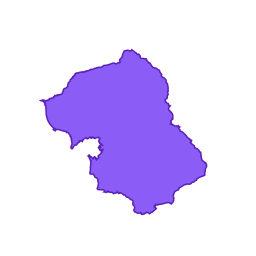 Pasuruan, Jawa Timur, Indonesia, rotated 208°
{"feature_id": "22746128B81373906315979", "entity_name": "Pasuruan", "entity_type": "district", "adm_level": 2, "iso_a3": "IDN", "parent_name": "Indonesia", "parent_adm1": "Jawa Timur", "projection": "mercator", "projection_center": [112.85, -7.751], "detail": "fine", "context": "isolated", "style": "filled", "palette": "violet", "viewbox_px": 256, "rotation_deg": 208, "n_neighbors": 0, "source": "geoboundaries", "source_scale": "gbopen_adm2", "svg_char_len": 5793}
<svg xmlns="http://www.w3.org/2000/svg" viewBox="0 0 256 256"><g transform="rotate(208 128 128)"><path d="M42.8,133.5L42.8,133.1L43.9,133.3L44.4,133.7L47.6,134.4L49.3,136.2L52.5,140.8L53.1,140.6L53.9,140.7L54.8,141.5L57.3,142.2L59.9,141.8L61.0,143.4L66.1,144.2L66.3,144.4L65.5,145.6L65.9,146.0L66.1,147.0L67.6,146.6L67.8,147.1L70.6,147.4L72.6,148.2L72.9,148.6L77.2,149.8L79.1,150.1L80.3,149.7L80.9,149.9L81.4,150.9L82.9,151.3L83.2,152.3L82.9,152.9L83.4,152.7L83.4,153.1L84.5,153.6L84.8,153.7L85.2,152.3L86.1,152.6L87.6,151.7L89.3,152.0L90.0,151.9L90.3,151.6L90.7,151.9L90.9,151.6L91.5,151.7L92.4,151.4L92.6,152.1L92.2,152.5L92.5,152.7L92.5,153.4L93.6,154.6L93.2,155.2L93.4,156.2L93.0,156.4L93.5,157.2L93.1,156.9L92.7,157.1L94.5,160.4L95.9,161.6L97.6,162.3L98.1,162.2L98.1,162.4L99.0,162.8L99.9,162.8L100.9,163.5L101.7,165.2L101.0,167.4L102.0,167.5L102.7,167.1L103.9,168.5L105.8,168.2L106.3,168.7L107.2,168.5L107.3,169.1L108.6,170.6L107.4,172.4L108.4,175.2L108.3,176.6L110.1,178.5L109.8,179.8L110.9,180.8L111.2,182.0L112.5,183.8L113.0,184.0L113.4,185.0L114.0,185.6L115.6,186.2L117.0,188.3L119.7,189.2L120.8,189.0L122.6,189.2L122.9,189.5L123.2,190.9L126.5,192.7L127.4,193.7L129.0,193.6L131.1,194.1L133.2,193.4L134.4,193.2L136.7,194.2L139.1,195.7L140.4,195.2L141.4,195.9L142.7,196.2L144.2,197.6L144.9,197.5L145.9,196.7L147.0,196.8L148.0,195.9L148.8,195.7L150.2,195.9L151.1,196.7L151.0,197.0L151.7,197.2L151.6,197.7L152.4,198.0L153.4,198.2L154.6,197.2L156.2,198.2L157.2,198.1L161.4,198.9L161.6,197.7L162.2,196.9L164.7,196.6L167.5,194.3L167.3,191.3L166.6,187.4L167.4,184.7L167.0,183.3L166.3,183.0L166.2,182.6L165.9,182.7L166.0,181.7L167.5,180.9L168.4,179.0L170.9,178.8L171.9,178.1L174.7,174.9L176.0,173.8L176.1,173.5L178.7,171.9L180.1,169.0L182.4,167.9L182.8,167.1L183.2,167.0L183.9,166.5L183.9,166.1L185.6,164.9L185.6,164.6L186.7,163.2L188.3,162.4L188.3,161.7L188.8,161.7L189.6,160.2L191.2,159.2L191.2,158.6L192.1,158.2L191.9,157.9L192.6,157.6L192.9,156.7L194.1,156.6L194.1,156.2L194.9,155.9L194.8,155.4L195.3,155.4L196.7,154.7L197.5,153.5L199.0,152.7L199.0,152.0L199.7,151.9L200.1,150.8L199.7,150.4L200.0,149.6L199.7,149.1L200.3,148.8L200.4,147.9L201.0,147.1L200.9,146.6L200.5,146.7L200.2,146.4L201.2,145.1L201.1,144.3L201.6,143.7L201.2,141.8L201.9,140.0L201.6,138.0L200.7,136.7L201.7,133.7L202.8,132.9L203.0,131.9L203.0,131.0L202.4,130.1L202.6,128.8L202.4,128.4L202.2,127.2L202.9,126.2L203.5,126.0L204.1,125.0L204.4,125.1L205.1,124.6L205.2,124.2L205.6,124.2L205.7,123.5L206.2,123.6L206.3,123.1L207.2,122.7L207.5,121.9L207.8,122.0L207.7,121.5L207.9,120.6L208.3,120.6L208.5,119.2L208.9,118.7L209.5,118.6L209.8,117.9L210.3,117.9L210.8,117.3L210.9,116.4L211.3,116.2L211.2,115.6L211.7,115.6L211.7,115.1L212.6,113.9L213.0,114.0L213.6,113.1L215.1,113.2L215.1,112.6L215.5,112.9L216.0,112.5L216.4,112.7L217.9,111.2L217.4,111.2L216.2,111.9L214.9,111.4L213.6,111.5L212.8,111.0L212.9,110.7L212.4,110.7L212.3,109.3L211.6,109.4L211.0,109.0L206.4,101.3L203.2,97.7L200.7,95.9L197.9,94.4L193.3,92.8L193.3,91.5L191.0,91.3L191.0,92.3L191.4,93.0L190.7,92.8L190.7,93.1L188.4,94.1L184.4,94.8L180.9,95.9L180.4,95.7L180.5,95.4L180.2,95.2L179.9,95.7L179.3,95.7L178.2,95.5L176.0,94.4L175.6,94.5L174.8,93.7L174.9,93.4L174.1,93.3L174.2,93.0L172.9,92.1L173.1,91.8L170.4,88.4L169.8,87.1L169.6,84.7L169.2,83.9L168.4,83.5L168.0,83.6L168.0,83.4L167.3,83.7L167.4,85.6L167.1,87.6L166.4,88.4L165.7,88.6L165.3,89.6L165.5,90.2L165.2,91.2L164.3,92.8L164.9,93.8L164.2,94.3L163.8,94.2L163.6,94.5L163.0,94.5L162.7,94.9L162.0,94.8L162.4,95.7L162.0,96.2L162.3,96.9L160.3,99.8L159.1,99.2L158.4,99.8L157.1,102.3L155.7,101.6L155.2,103.2L154.5,102.9L154.2,103.5L153.0,103.1L152.8,103.6L152.1,103.4L151.5,104.3L149.8,105.9L149.5,105.6L149.1,105.8L147.7,105.5L148.1,104.6L147.5,102.3L146.2,102.1L146.4,101.6L145.6,101.1L145.5,101.4L144.7,101.0L144.2,101.4L142.9,100.9L143.9,100.6L144.6,99.2L143.8,98.5L143.0,98.3L143.4,97.2L143.6,97.0L144.9,97.6L144.9,96.8L142.0,95.1L141.6,95.9L141.2,95.8L140.6,96.9L140.4,96.8L140.1,97.1L139.8,95.8L140.4,94.1L139.6,93.7L140.1,92.0L140.6,91.4L141.2,89.4L140.8,89.1L140.9,88.6L140.0,88.2L139.9,87.8L140.7,86.4L140.8,85.1L141.8,85.4L141.6,86.0L142.1,86.2L142.1,86.5L144.0,87.0L144.4,86.1L143.9,85.9L144.7,84.2L146.6,85.3L147.4,84.7L149.0,85.9L149.6,86.0L150.2,84.8L149.8,84.3L148.4,83.9L147.7,83.0L145.7,81.6L145.2,81.5L145.4,81.2L143.9,78.5L142.6,75.2L141.9,74.3L140.5,70.1L139.5,69.7L137.3,70.8L136.6,70.8L134.4,69.5L134.4,69.2L131.4,69.0L130.5,68.4L129.7,66.9L128.0,65.2L126.8,60.8L126.9,60.2L126.1,59.6L125.0,59.8L121.6,61.3L120.9,61.9L120.2,61.9L119.6,61.8L118.9,61.2L119.2,60.4L118.6,60.7L117.4,60.6L116.9,61.0L116.9,62.0L115.9,62.0L115.7,63.0L115.1,62.9L115.0,62.5L114.2,62.9L113.8,62.7L111.8,63.8L109.9,63.2L109.1,64.2L107.7,65.2L107.1,66.3L107.3,66.6L105.5,65.9L104.8,66.4L104.9,67.1L102.3,67.4L100.3,66.8L99.2,67.5L97.0,66.3L94.6,66.9L93.7,66.5L92.3,66.1L90.8,66.3L89.9,66.1L88.8,65.3L88.4,63.6L87.6,62.6L86.0,62.1L85.1,61.4L84.5,60.1L84.4,58.3L83.2,57.5L83.1,57.1L79.6,57.3L77.3,58.7L77.2,59.2L76.3,59.1L76.4,58.7L75.5,58.6L75.4,58.2L74.4,58.7L73.3,59.7L73.4,60.0L71.9,61.9L72.2,62.1L71.9,62.4L71.2,62.4L70.9,62.8L68.7,62.4L67.8,64.6L67.2,64.9L65.2,70.1L66.0,70.5L67.6,70.5L67.6,70.8L67.9,71.4L67.6,71.5L68.1,71.8L67.9,72.3L67.5,71.9L67.3,73.1L67.5,73.4L66.5,73.5L65.6,74.0L65.8,74.5L64.3,75.3L61.8,77.2L59.9,79.3L57.2,81.2L56.5,81.5L55.4,81.2L54.0,81.4L53.5,84.1L53.7,85.8L54.4,86.8L54.5,87.5L55.5,88.4L56.2,89.5L56.6,90.9L56.8,93.4L56.7,94.0L55.2,96.5L54.5,96.9L54.4,98.2L54.9,99.0L53.6,100.7L51.7,104.2L50.3,105.3L50.3,105.8L49.8,106.1L47.5,107.1L46.1,108.7L46.0,109.8L45.3,110.9L44.6,111.0L43.9,113.0L43.5,113.8L43.1,114.0L43.2,115.4L42.0,117.7L38.1,122.2L38.4,123.3L39.1,123.9L39.6,126.2L40.4,127.9L40.5,130.9L41.5,132.6L42.8,133.5Z" fill="#8b5cf6" stroke="#5b21b6" stroke-width="1.5"/></g></svg>